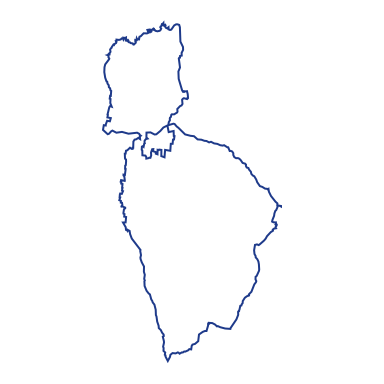 Mojokerto, Jawa Timur, Indonesia
{"feature_id": "22746128B795310620233", "entity_name": "Mojokerto", "entity_type": "district", "adm_level": 2, "iso_a3": "IDN", "parent_name": "Indonesia", "parent_adm1": "Jawa Timur", "projection": "equal_earth", "projection_center": [112.455, -7.541], "detail": "fine", "context": "isolated", "style": "outline", "palette": "blue", "viewbox_px": 384, "rotation_deg": 0, "n_neighbors": 0, "source": "geoboundaries", "source_scale": "gbopen_adm2", "svg_char_len": 5986}
<svg xmlns="http://www.w3.org/2000/svg" viewBox="0 0 384 384"><path d="M121.7,38.4L120.7,39.5L118.9,39.9L116.5,39.6L116.5,41.2L115.9,41.2L116.3,42.4L116.1,43.0L114.1,44.3L114.0,44.8L113.5,44.5L111.8,47.0L111.6,47.8L110.9,48.3L110.1,49.6L110.5,51.8L109.7,53.2L108.9,53.6L109.4,54.5L107.4,55.1L108.5,55.6L108.5,57.4L109.3,58.5L109.1,59.2L105.2,64.4L104.5,67.2L104.3,72.1L105.2,77.7L106.5,81.4L107.2,81.7L107.5,83.6L108.7,85.2L108.9,87.2L110.1,88.3L110.5,90.4L111.2,90.9L110.8,95.9L110.1,95.8L109.7,98.7L110.5,99.0L110.3,103.1L111.7,106.7L110.1,106.1L109.3,107.2L107.5,114.6L107.9,114.9L107.4,117.4L110.8,118.1L109.9,121.3L107.1,120.8L105.8,124.4L105.7,125.5L103.8,125.2L103.0,129.9L107.7,134.2L108.9,133.8L111.2,131.3L112.4,130.6L116.4,132.7L122.0,131.9L128.5,133.7L137.1,132.7L139.2,133.8L139.8,134.9L140.8,135.7L139.8,136.3L140.1,139.1L138.3,137.9L136.2,139.3L134.6,139.6L133.4,141.5L133.2,147.8L132.7,147.8L132.6,148.9L131.6,148.9L130.0,147.7L127.3,150.3L126.0,150.7L125.6,153.6L124.8,153.7L125.0,158.2L125.3,159.0L126.0,159.5L126.1,161.2L125.8,165.1L125.2,165.6L125.1,168.8L125.6,168.9L125.6,169.5L124.9,174.9L123.5,174.6L123.5,175.5L124.3,176.4L124.8,180.3L124.7,180.9L121.1,180.1L120.7,181.7L121.4,181.9L121.2,183.6L122.5,184.0L122.1,187.8L122.5,187.9L122.0,190.6L123.0,191.1L121.8,193.9L120.2,193.5L119.9,194.2L119.6,197.4L120.2,197.5L119.3,200.2L120.9,200.9L120.8,202.6L122.0,202.8L122.4,205.1L121.4,206.3L121.5,206.6L122.3,206.4L125.2,207.6L125.2,208.3L124.0,209.2L123.4,213.1L123.5,213.7L124.5,214.1L124.2,216.6L126.1,217.0L125.6,222.4L123.0,222.5L125.7,227.2L126.0,229.9L126.9,230.4L127.2,230.0L127.7,230.9L128.1,230.1L129.6,230.9L130.1,234.1L131.8,238.6L140.5,250.0L140.2,250.9L141.0,255.1L140.4,257.6L140.6,259.1L141.8,262.4L144.0,266.5L143.9,271.8L144.8,274.8L144.2,278.9L144.8,280.5L144.4,281.3L144.6,286.0L146.6,290.8L148.7,293.5L149.9,294.4L151.3,299.5L152.2,300.8L152.7,302.4L154.4,304.6L155.7,309.7L155.9,315.1L156.5,316.5L157.2,321.6L158.6,325.7L158.8,328.1L160.8,330.0L162.1,332.7L163.6,334.5L163.8,336.0L162.8,336.7L163.9,341.1L164.0,342.6L163.1,346.8L163.6,347.9L163.5,350.9L165.2,352.5L164.8,354.8L165.5,355.4L165.5,356.5L167.8,361.0L170.0,356.9L170.4,354.8L172.5,353.1L175.7,353.4L177.8,352.4L178.6,352.7L179.6,353.7L181.8,352.4L182.8,352.5L184.2,351.5L185.3,351.6L188.2,350.3L189.3,349.1L191.2,349.4L191.7,345.9L192.5,344.6L195.0,343.9L198.2,341.2L199.0,334.5L202.7,331.9L204.9,331.0L206.5,331.0L208.1,325.5L208.1,324.1L208.8,323.9L208.4,323.2L208.6,322.8L212.3,323.1L215.0,324.5L217.0,326.4L217.8,326.1L220.2,327.2L225.1,328.5L230.4,328.9L230.6,328.0L236.4,319.4L238.2,314.8L238.1,311.9L238.8,311.4L238.6,311.1L239.4,309.9L240.3,305.8L241.4,305.5L241.7,304.3L242.6,303.2L242.8,301.0L244.9,297.7L247.0,296.2L248.5,295.7L248.7,295.0L249.1,295.1L249.2,294.0L251.4,291.8L254.3,284.4L255.9,282.3L256.3,281.1L255.5,279.3L255.6,276.8L256.7,275.9L259.0,270.8L259.2,269.5L258.9,264.3L258.4,261.5L257.3,259.2L255.7,257.4L255.6,256.0L254.5,254.0L254.1,250.3L255.0,244.9L257.0,244.4L258.7,245.1L259.8,244.3L264.1,240.5L265.7,238.6L267.0,236.2L270.7,232.2L273.0,230.7L272.8,229.6L274.1,228.6L275.8,228.3L275.4,227.8L275.9,226.1L275.7,225.3L276.3,226.0L276.7,225.1L275.8,224.4L276.4,224.1L275.8,223.1L275.9,222.4L273.5,222.3L272.1,221.6L272.5,219.8L274.1,215.8L274.4,213.5L275.3,210.9L276.2,210.1L277.4,207.3L277.6,205.7L279.8,205.8L281.0,206.5L281.0,206.0L277.3,205.3L277.4,203.4L275.5,201.7L271.0,196.0L268.9,191.7L268.5,189.1L268.0,189.6L267.4,188.9L265.0,188.6L262.3,186.9L259.9,186.1L257.2,182.2L256.2,179.5L254.3,176.3L252.8,175.5L251.3,173.8L250.9,171.8L249.0,169.5L248.4,168.0L246.7,167.5L245.9,165.9L246.0,164.7L245.2,163.7L242.6,162.9L240.7,160.1L239.3,158.7L237.9,158.1L236.1,158.2L234.3,157.1L233.3,155.0L233.3,153.2L232.2,151.5L230.8,150.9L229.7,151.0L228.2,147.3L227.4,147.3L224.1,145.2L222.7,145.6L220.2,145.2L217.4,143.9L214.1,143.4L211.0,141.8L209.1,142.4L206.5,141.0L204.4,140.8L201.4,139.7L197.6,139.4L194.0,136.2L190.5,135.8L185.1,134.4L178.3,127.7L176.7,126.5L174.6,124.0L173.4,123.7L168.3,125.2L168.8,122.1L169.9,120.3L169.8,118.5L170.0,117.7L170.9,116.9L171.3,114.8L171.8,114.3L174.2,114.3L177.1,112.5L177.5,111.6L177.3,109.0L180.2,106.0L181.5,105.5L182.5,103.9L182.1,99.8L182.8,98.8L183.9,98.2L187.1,99.1L187.9,98.3L187.6,97.7L188.0,97.3L187.7,94.1L187.0,91.2L185.7,91.4L183.3,91.1L183.6,91.9L183.1,91.9L182.1,90.3L178.7,78.9L178.4,71.5L180.0,67.5L178.8,58.4L179.3,57.7L180.0,57.6L180.1,55.9L181.7,55.6L181.6,52.9L183.1,49.9L183.0,47.0L180.4,41.6L179.9,27.3L179.2,24.9L177.4,24.3L176.2,24.3L174.2,25.4L171.3,29.6L170.0,30.0L168.6,29.4L168.5,27.2L168.0,27.6L167.7,28.6L165.9,27.8L165.2,26.7L165.6,25.6L165.2,24.7L164.9,24.8L164.6,26.1L163.5,25.4L163.4,23.0L162.5,24.1L161.9,24.1L161.5,25.9L160.5,26.6L160.3,27.4L161.2,28.5L160.6,29.9L159.7,30.8L157.4,31.3L155.4,30.8L155.1,30.2L154.1,30.0L154.0,28.8L153.5,28.5L152.0,29.8L151.3,31.7L150.3,31.6L149.7,33.0L149.6,31.1L150.1,30.4L150.7,30.3L150.6,29.7L149.8,29.5L147.4,29.9L148.4,32.8L147.0,33.4L143.6,33.3L140.8,36.2L139.5,36.7L139.1,39.1L138.6,38.8L138.3,39.4L137.3,39.8L136.7,38.5L136.4,40.3L135.3,40.0L135.3,41.3L135.8,42.2L135.7,42.8L133.8,44.6L133.3,44.5L132.7,43.4L130.6,43.1L129.9,42.3L128.8,42.2L128.0,41.4L128.4,40.5L127.9,39.9L127.0,40.8L125.9,40.6L126.0,37.5L125.2,37.9L123.5,37.7L123.9,39.0L123.5,39.7L123.0,38.6L121.7,38.4ZM168.7,132.1L173.6,131.0L173.8,136.0L174.5,136.1L174.0,139.5L173.0,139.6L172.6,143.8L170.8,143.8L170.3,150.8L165.1,149.9L164.5,157.3L161.3,156.1L161.4,149.9L159.2,149.6L158.8,150.1L157.6,149.8L157.5,154.3L155.8,153.7L155.8,152.1L153.0,151.2L153.3,149.1L152.2,149.2L151.0,152.6L151.2,155.4L150.4,157.8L149.2,157.7L148.7,158.1L146.3,158.6L146.2,156.8L145.4,155.6L142.4,155.3L142.3,150.5L141.7,149.8L141.9,146.6L142.9,146.1L143.6,146.8L144.2,143.7L144.8,143.3L144.5,142.2L144.6,140.8L145.8,139.1L147.6,138.6L146.4,137.4L146.5,132.6L150.5,132.4L154.6,134.5L156.3,134.3L160.3,131.0L163.4,127.5L167.4,125.5L168.7,132.1Z" fill="none" stroke="#1e3a8a" stroke-width="2"/></svg>